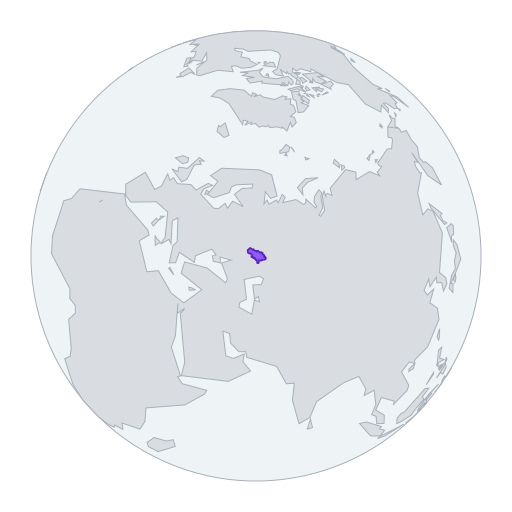 the Earth from above Saratov, rotated 27°
{"feature_id": "RUS-2393", "entity_name": "Saratov", "entity_type": "Region", "adm_level": 1, "iso_a3": "RUS", "parent_name": "Russia", "parent_adm1": "", "projection": "orthographic", "projection_center": [46.661, 51.31], "detail": "medium", "context": "on_globe", "style": "filled", "palette": "violet", "viewbox_px": 512, "rotation_deg": 27, "n_neighbors": 0, "source": "natural_earth", "source_scale": "10m", "svg_char_len": 12530}
<svg xmlns="http://www.w3.org/2000/svg" viewBox="0 0 512 512"><g transform="rotate(27 256 256)"><circle cx="256" cy="256" r="225" fill="#eef3f6" stroke="#a8b0b8"/><path d="M224.1,33.0L229.3,32.4L233.4,35.1L227.4,35.2L229.1,36.3L236.7,36.4L241.4,36.3L257.5,43.6L282.1,49.9L292.4,49.5L288.2,51.8L309.4,50.2L324.4,54.2L305.9,51.3L302.8,52.3L312.1,55.5L310.9,57.3L314.8,60.0L312.5,62.0L301.9,60.7L300.2,62.1L306.9,64.4L308.9,68.2L299.3,64.6L301.8,71.0L284.4,70.9L260.5,61.4L249.2,64.8L220.1,64.4L221.1,66.9L210.7,69.0L208.0,72.7L203.4,72.0L205.2,75.7L210.0,75.7L212.3,77.4L211.2,79.8L205.1,79.1L204.8,77.8L202.4,78.9L199.9,77.6L200.5,79.6L193.2,78.8L198.6,83.2L191.3,85.5L187.0,84.1L189.9,79.6L186.9,66.6L183.4,64.5L175.6,65.7L155.9,77.3L151.0,77.3L142.7,80.6L144.2,82.5L151.3,80.6L152.1,85.4L160.6,83.1L162.2,84.8L170.0,84.7L166.2,89.9L158.2,95.1L151.5,95.7L147.9,98.2L152.1,102.1L137.6,107.9L124.4,120.5L121.0,121.7L118.0,115.4L123.4,103.7L119.6,97.3L119.3,106.9L110.7,110.4L108.1,113.5L107.0,116.7L109.2,117.6L105.7,120.2L104.6,111.2L107.8,108.7L108.1,111.4L110.6,106.1L109.8,100.9L105.5,103.5L108.9,94.1L105.8,96.1L104.9,95.4L109.5,92.8L101.2,97.5L104.5,90.2L94.3,99.2L95.7,97.8L107.3,87.0L114.0,81.2L121.3,75.4L121.1,75.6L134.3,66.4L148.2,58.2L162.5,51.0L177.4,44.9L192.7,39.8L208.2,35.8L224.1,33.0ZM31.7,276.7L34.0,294.1L34.4,296.6L31.7,276.7ZM89.9,104.0L92.6,101.1L90.4,103.5L89.9,104.0ZM243.6,36.1L237.0,36.3L230.5,35.7L236.2,35.3L243.6,36.1ZM255.8,38.6L252.3,38.9L250.8,37.0L253.2,37.4L255.8,38.6ZM300.1,49.2L294.9,47.9L300.3,48.6L300.1,49.2ZM315.7,60.1L317.6,59.9L318.8,61.5L315.7,60.1ZM171.6,82.0L170.8,83.3L169.8,82.6L171.6,82.0ZM175.7,80.7L175.1,79.0L177.0,78.2L177.3,79.3L175.7,80.7ZM316.4,66.1L317.8,68.8L314.6,65.7L316.4,66.1ZM176.1,83.1L180.4,77.0L183.7,75.6L187.8,78.8L176.1,83.1ZM317.4,70.2L320.9,77.2L325.3,77.4L314.8,81.2L315.3,73.8L310.6,69.9L315.2,71.3L317.4,70.2ZM212.0,74.7L206.9,74.8L212.2,72.6L212.0,74.7ZM214.8,72.9L227.8,64.5L234.7,65.8L229.0,68.2L238.8,68.4L235.9,73.1L229.8,74.1L225.9,72.2L227.7,75.5L214.8,72.9ZM308.5,82.5L307.7,84.1L306.5,82.2L308.5,82.5ZM213.7,77.9L215.7,76.0L221.9,76.9L219.0,81.0L217.9,79.3L213.7,77.9ZM242.9,66.3L247.0,67.9L245.7,72.1L247.1,73.3L236.4,73.4L242.9,66.3ZM215.9,80.3L217.4,83.1L213.4,84.9L212.2,79.9L215.9,80.3ZM224.7,75.5L227.5,76.2L225.0,77.1L224.7,75.5ZM200.2,93.2L202.4,90.6L205.8,90.8L200.2,93.2ZM218.2,84.0L219.5,83.4L221.1,83.3L221.2,85.5L218.2,84.0ZM236.2,76.5L234.8,78.0L240.5,76.6L239.8,80.0L232.8,79.5L235.5,81.1L235.3,82.1L229.8,80.6L236.2,76.5ZM226.2,87.3L217.0,88.2L212.1,92.9L208.9,92.8L217.4,85.3L226.2,87.3ZM228.8,83.5L226.4,85.8L223.7,84.3L223.6,81.8L228.8,83.5ZM241.8,82.5L244.7,77.5L246.2,77.8L241.8,82.5ZM225.3,88.9L227.5,88.7L225.2,89.4L225.3,88.9ZM237.3,84.7L238.2,82.8L239.8,83.2L237.3,84.7ZM231.2,89.9L228.3,90.1L228.1,88.4L231.2,89.9ZM234.5,87.8L236.5,88.8L229.8,87.6L234.6,86.8L234.5,87.8ZM238.7,85.4L239.9,85.0L238.1,86.1L238.7,85.4ZM233.6,96.6L225.3,95.6L224.9,91.7L233.0,93.1L233.6,96.6ZM65.6,330.7L59.7,294.0L65.5,288.6L68.7,276.0L110.8,260.4L117.4,269.5L147.8,282.0L151.2,285.8L145.1,295.4L165.9,319.6L175.7,313.4L197.1,327.5L212.9,330.5L223.1,310.6L197.1,305.3L195.1,293.7L217.9,288.9L241.0,293.7L241.0,289.4L228.5,277.9L235.9,270.9L224.4,273.3L227.5,278.3L220.4,280.1L217.1,275.7L219.9,273.2L213.5,269.9L202.0,283.2L203.9,289.7L186.0,287.6L187.4,298.5L181.8,301.5L177.3,284.3L179.3,279.1L169.2,257.5L165.4,262.6L174.7,283.6L170.8,280.8L165.7,288.7L166.5,280.5L157.4,256.9L142.6,252.9L120.0,264.8L112.2,260.9L107.4,251.1L119.4,231.7L135.5,242.7L140.0,236.6L140.0,222.9L144.9,227.6L146.9,223.6L153.3,227.2L165.6,221.9L172.6,224.5L180.5,212.9L185.2,212.8L179.1,219.6L178.7,226.0L196.5,232.6L200.9,231.1L204.6,223.1L209.0,226.3L210.3,217.8L222.1,217.8L208.8,210.9L212.9,202.1L221.6,197.2L220.6,193.3L206.3,201.4L202.7,205.8L203.5,211.5L191.7,223.4L184.9,223.3L188.2,206.7L179.0,205.0L185.6,193.4L220.1,177.6L233.0,176.5L247.6,193.0L242.8,198.1L235.2,194.5L239.4,206.0L240.4,201.1L244.1,203.9L248.8,196.8L251.7,198.5L251.4,189.1L255.4,190.4L255.5,196.3L266.0,187.6L275.2,188.5L276.2,185.8L274.6,182.6L287.3,186.2L287.5,184.1L283.4,182.0L281.1,176.5L282.0,168.4L286.3,170.1L286.6,173.3L293.6,182.7L293.7,191.2L295.6,191.2L296.5,184.2L287.9,172.6L287.2,167.3L292.1,172.1L290.2,169.9L291.3,167.8L296.3,167.5L291.3,162.0L296.6,138.4L306.9,135.9L310.6,142.5L318.8,129.3L329.8,128.4L326.0,126.4L327.4,119.3L324.0,119.5L322.3,118.0L324.3,101.1L328.1,98.8L324.7,90.1L322.8,89.2L319.7,90.3L314.8,81.2L325.3,77.4L329.2,79.6L333.1,76.0L341.4,81.8L350.1,85.3L356.9,94.3L363.1,96.6L364.0,95.0L373.1,97.3L389.1,108.5L372.6,106.4L347.8,93.2L357.6,99.0L354.3,99.9L357.2,103.5L364.2,107.6L365.6,106.7L371.4,126.5L386.0,143.7L387.6,136.0L393.5,135.8L411.6,150.9L427.0,187.4L435.0,189.3L438.7,194.0L439.0,202.1L433.5,195.4L429.4,197.7L426.3,193.0L424.9,204.4L420.3,198.1L421.4,210.5L426.3,212.9L429.3,204.8L432.2,218.8L441.4,220.1L447.8,229.4L450.2,259.0L444.7,276.1L445.5,279.9L440.6,280.9L438.2,293.1L450.7,301.8L451.8,306.9L445.9,325.8L445.0,322.5L432.0,325.2L432.6,338.9L442.6,339.6L446.1,347.1L439.7,350.6L435.8,344.3L431.1,344.9L430.2,333.9L422.3,322.0L415.7,331.2L414.2,324.5L402.3,316.6L391.6,329.2L376.1,358.2L377.3,375.4L370.5,385.9L353.9,368.0L347.9,351.9L341.0,356.1L324.6,345.0L293.8,350.5L290.2,345.9L284.3,349.0L272.9,345.1L267.7,337.1L260.5,337.9L274.4,358.6L282.3,357.6L290.0,348.6L292.3,356.0L303.4,361.0L288.2,380.3L243.8,396.5L240.9,383.3L214.6,341.5L216.2,337.0L216.1,336.5L215.9,335.5L212.0,342.6L207.9,333.7L220.5,363.9L221.9,375.6L243.2,397.2L240.8,399.1L248.1,403.3L273.1,398.1L272.9,402.3L260.2,421.0L226.9,441.3L232.2,454.0L231.2,462.9L212.4,465.6L216.1,471.0L206.6,470.8L207.3,472.9L200.9,473.1L189.4,470.9L167.6,463.2L164.7,461.5L151.4,453.7L132.2,434.4L135.9,429.6L133.3,422.1L117.8,397.5L121.0,388.9L117.3,382.1L109.3,378.3L105.2,369.8L100.5,366.4L72.8,346.8L65.6,330.7ZM93.7,275.7L91.9,279.2L93.7,275.7ZM263.9,309.3L278.7,309.8L274.6,296.0L279.9,295.2L276.5,291.0L274.2,295.0L266.3,283.3L273.6,279.0L273.1,272.8L268.1,272.4L256.1,282.3L267.2,298.9L262.7,304.6L263.9,309.3ZM60.5,144.1L58.0,148.7L60.0,145.0L60.5,144.1ZM87.1,106.9L86.2,107.9L86.2,108.0L87.1,106.9ZM88.3,105.8L88.9,105.1L90.5,103.4L88.3,105.8ZM110.8,111.0L110.7,111.8L108.9,115.2L108.4,113.9L110.8,111.0ZM109.2,129.4L103.6,133.2L107.3,129.4L105.4,128.1L110.9,118.9L119.5,121.9L114.6,122.0L109.2,129.4ZM120.5,108.0L116.1,113.1L120.6,107.4L120.5,108.0ZM151.5,199.2L152.6,203.6L148.5,207.2L139.7,205.1L145.5,199.7L151.5,199.2ZM155.1,209.1L160.9,193.9L166.6,195.0L162.4,196.9L165.6,199.1L159.7,202.8L159.6,219.2L156.0,223.6L141.6,216.5L148.3,216.3L146.8,211.8L155.1,209.1ZM165.5,156.9L168.1,151.4L177.2,160.8L173.7,164.9L164.7,162.7L163.4,156.6L165.5,156.9ZM182.6,90.3L183.0,88.4L184.7,88.4L185.8,90.2L182.6,90.3ZM200.9,92.0L182.7,99.3L182.2,97.3L172.1,104.6L166.9,102.2L173.6,97.5L162.0,101.4L166.0,96.3L158.3,99.6L173.8,89.4L177.0,85.3L175.5,90.7L180.1,92.9L183.1,92.6L193.9,88.8L202.9,81.4L209.0,82.7L210.9,85.7L209.7,87.6L206.1,86.1L207.0,89.9L200.9,89.1L200.9,92.0ZM229.6,124.8L226.0,121.2L226.8,130.6L220.7,129.1L221.2,130.3L215.7,131.6L210.0,135.4L207.6,134.0L206.4,136.2L202.7,137.2L200.3,139.8L195.1,138.2L191.7,141.2L191.2,138.8L186.6,144.5L187.7,139.6L183.1,140.8L184.5,145.0L162.6,132.4L152.6,131.6L143.7,133.9L146.7,125.7L157.0,118.6L170.2,113.6L179.4,115.8L179.0,111.9L183.4,111.9L181.8,115.0L186.8,110.4L189.9,111.2L201.6,108.1L206.9,101.3L211.3,100.2L210.8,103.3L215.6,100.0L217.7,105.3L220.9,104.7L226.1,109.4L223.3,116.1L227.1,115.0L231.3,118.8L229.6,124.8ZM234.8,98.1L232.9,106.0L228.6,109.2L221.2,99.6L218.0,99.4L213.1,93.8L219.5,89.4L220.3,91.4L222.6,92.3L219.7,93.3L223.7,93.2L224.9,96.0L228.4,96.7L226.8,99.0L234.8,98.1ZM156.7,283.6L159.6,285.5L164.5,287.1L161.4,292.3L156.7,283.6ZM150.1,267.6L152.9,268.2L150.9,275.9L147.9,274.1L150.1,267.6ZM156.2,262.3L153.3,267.7L153.1,263.7L156.2,262.3ZM182.0,219.8L185.2,220.1L184.9,222.2L182.3,224.4L182.0,219.8ZM230.7,153.8L229.3,150.8L230.6,150.1L232.1,142.9L236.7,143.7L237.7,148.3L230.7,153.8ZM217.7,313.6L212.1,316.8L210.2,314.4L212.5,313.7L217.7,313.6ZM184.6,305.3L191.4,310.1L183.7,306.7L184.6,305.3ZM235.9,153.4L236.0,150.3L238.3,152.6L235.9,153.4ZM240.2,143.9L243.2,146.0L237.5,143.0L240.2,143.9ZM270.5,462.3L257.5,474.8L246.7,474.7L243.6,471.6L247.6,464.0L260.0,461.6L265.7,457.2L270.5,462.3ZM467.6,332.1L469.4,327.8L469.2,328.6L467.6,332.1ZM465.9,335.0L468.3,329.7L465.2,337.3L465.9,335.0ZM469.2,327.6L471.6,320.7L472.6,317.2L472.2,319.0L469.2,327.6ZM464.1,338.7L452.4,357.9L447.1,363.5L448.9,359.5L457.4,348.2L464.1,338.7ZM448.4,360.0L439.7,364.3L424.3,358.2L429.9,353.7L445.3,351.1L444.4,354.1L449.7,352.8L448.4,360.0ZM467.5,320.1L466.5,327.3L460.5,337.6L457.5,341.4L455.4,336.7L456.6,330.8L459.2,327.1L466.8,297.4L469.9,295.3L468.2,306.2L470.6,307.1L467.5,320.1ZM378.5,376.5L384.3,383.3L380.3,386.9L378.5,376.5ZM467.8,280.7L466.1,293.5L467.0,279.1L467.8,280.7ZM467.2,268.9L468.3,271.9L466.2,271.3L467.2,268.9ZM447.3,284.8L444.6,289.6L443.6,287.3L446.4,279.7L447.3,284.8ZM452.6,237.4L456.2,244.7L456.9,248.0L453.9,245.6L452.6,237.4ZM275.7,158.1L268.5,167.0L266.4,174.4L270.0,180.1L261.8,176.2L265.0,164.6L275.7,158.1ZM293.5,140.6L290.3,136.1L293.7,135.8L294.9,136.8L293.5,140.6ZM290.2,139.4L282.5,138.2L282.0,134.3L288.1,136.0L290.2,139.4ZM259.1,145.3L256.6,147.8L254.8,145.8L259.1,145.3ZM472.3,318.8L471.8,320.6L475.0,309.0L475.0,308.8L472.3,318.8ZM480.3,277.3L480.3,277.2L480.8,270.5L480.0,277.1L481.0,266.1L481.0,266.8L480.3,277.3ZM477.8,293.2L477.5,295.1L477.0,296.3L477.8,293.2ZM478.5,289.0L479.6,283.3L478.3,291.1L478.5,289.0ZM472.0,305.3L472.8,307.1L475.2,298.0L473.3,306.6L474.3,308.4L473.5,312.3L472.7,310.0L471.3,318.5L470.1,321.2L470.1,316.8L471.6,306.5L472.7,300.6L476.8,287.3L472.0,305.3ZM478.7,284.4L478.3,281.8L478.5,277.3L479.1,277.6L478.7,284.4ZM475.9,276.5L473.4,276.1L472.2,282.8L473.8,265.9L476.0,269.0L475.9,276.5ZM472.3,268.8L471.2,275.0L471.7,266.1L472.3,268.8ZM470.3,274.2L469.2,270.9L470.6,268.1L470.3,274.2ZM473.0,266.8L471.5,259.5L473.1,261.6L473.0,266.8ZM465.9,263.6L470.6,262.8L466.2,269.4L461.4,257.1L462.9,252.9L465.9,263.6ZM445.2,189.3L442.2,186.6L442.3,182.1L444.3,185.2L445.2,189.3ZM439.9,165.9L441.4,180.0L442.1,191.9L444.0,191.0L448.0,199.1L442.8,197.2L439.1,184.5L439.3,176.6L435.2,170.5L432.8,162.2L426.9,156.9L424.5,152.1L429.9,154.6L439.9,165.9ZM424.3,155.0L413.1,144.1L415.2,138.6L418.1,139.7L422.3,146.9L421.0,149.4L424.3,155.0ZM411.0,139.9L409.6,142.3L390.1,133.9L386.5,130.8L402.4,133.7L401.9,136.2L406.3,139.5L411.0,139.9ZM310.2,84.6L307.9,84.2L309.8,83.4L310.2,84.6ZM320.4,118.3L318.4,116.1L320.6,115.0L320.4,118.3ZM314.0,109.8L312.9,112.5L312.2,108.9L314.0,109.8ZM310.7,118.8L311.6,113.2L313.3,119.6L310.7,118.8Z" fill="#d9dde1" stroke="#a8b0b8" stroke-width="1"/><path d="M266.0,254.0L266.1,254.6L265.8,254.7L265.6,254.5L265.4,254.7L265.5,255.1L265.1,255.4L265.0,255.8L264.2,256.1L263.7,256.7L262.8,256.6L262.6,257.2L262.9,257.6L262.7,257.8L262.2,258.0L261.4,258.7L260.8,258.6L261.0,258.8L261.1,259.8L261.3,260.6L261.6,260.7L261.6,261.0L261.4,261.3L260.5,261.8L260.0,261.6L259.4,260.4L258.4,259.4L258.2,259.4L257.9,259.7L257.5,259.7L257.4,259.1L256.7,259.2L256.4,258.8L256.4,258.6L256.1,258.4L255.8,258.4L255.8,258.7L255.5,258.8L255.5,259.0L255.2,258.9L255.0,259.1L254.6,259.1L254.5,258.5L253.9,258.1L253.6,258.3L253.5,258.8L253.2,258.9L253.1,258.7L252.4,258.8L252.5,258.4L252.3,258.3L252.5,258.2L252.6,257.7L252.4,257.4L252.4,257.0L252.0,256.7L251.0,256.5L250.9,256.6L250.5,256.3L250.0,256.4L249.8,256.7L249.4,256.8L249.4,256.4L249.1,256.6L248.7,256.6L248.6,256.8L247.8,257.0L246.7,256.1L246.8,256.0L246.6,255.7L245.9,254.7L245.8,254.3L246.3,253.8L246.4,253.1L246.7,253.0L246.6,252.7L246.6,252.4L247.0,251.9L247.0,251.6L247.7,251.3L248.1,251.6L249.1,251.5L250.4,252.0L250.6,251.6L250.9,251.5L250.8,251.2L251.2,251.3L251.7,251.5L252.1,252.0L252.4,251.6L253.1,251.7L253.6,251.2L253.8,251.2L253.8,251.5L254.4,251.7L254.4,251.3L254.7,251.1L254.8,250.9L255.1,250.9L255.1,250.6L255.8,250.4L255.9,250.7L256.1,250.8L256.7,250.8L257.0,251.0L257.2,250.9L257.3,251.1L257.9,251.0L258.2,250.9L258.5,251.0L258.8,250.4L259.0,250.6L259.4,250.4L259.2,250.3L259.8,250.1L260.2,250.2L260.0,250.6L260.4,250.5L260.8,250.7L261.0,251.0L261.3,251.6L261.5,251.3L262.3,251.2L262.4,251.4L262.4,251.6L262.6,251.6L262.8,251.9L262.9,251.6L263.0,251.6L263.1,251.8L263.2,252.1L263.3,252.0L263.6,252.4L264.1,252.3L264.6,252.6L264.5,253.0L264.9,252.8L265.0,253.1L265.7,253.2L265.9,253.3L265.9,253.7L266.0,254.0Z" fill="#8b5cf6" stroke="#5b21b6" stroke-width="1.5"/></g></svg>